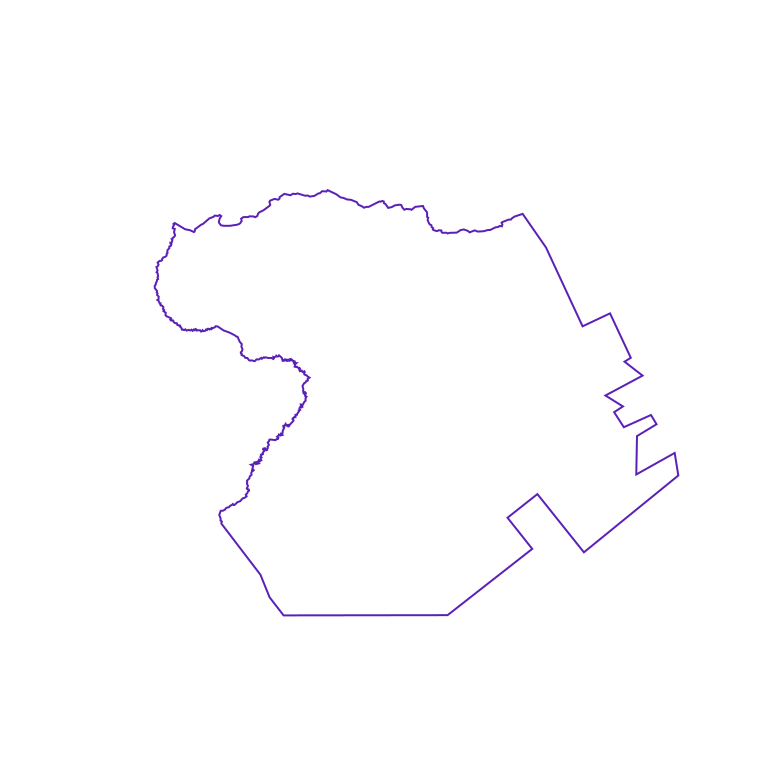 Anta, Salta, Argentina, rotated 52°
{"feature_id": "61730980B73249877879896", "entity_name": "Anta", "entity_type": "district", "adm_level": 2, "iso_a3": "ARG", "parent_name": "Argentina", "parent_adm1": "Salta", "projection": "mercator", "projection_center": [-64.349, -24.908], "detail": "fine", "context": "isolated", "style": "outline", "palette": "violet", "viewbox_px": 768, "rotation_deg": 52, "n_neighbors": 0, "source": "geoboundaries", "source_scale": "gbopen_adm2", "svg_char_len": 6165}
<svg xmlns="http://www.w3.org/2000/svg" viewBox="0 0 768 768"><g transform="rotate(52 384 384)"><path d="M128.3,449.8L128.3,451.4L129.3,451.4L130.4,453.8L131.3,454.6L133.0,453.4L135.1,456.0L138.3,457.1L138.9,459.1L138.8,460.7L139.6,461.6L139.3,462.1L140.3,462.2L141.9,464.3L141.1,465.3L142.0,465.9L143.1,465.7L143.9,466.8L143.5,468.6L144.8,469.6L145.2,472.1L146.7,473.7L147.5,473.9L147.6,475.1L149.0,476.3L149.1,478.0L148.4,480.1L148.9,481.9L149.8,482.5L149.7,483.9L148.9,484.9L148.9,487.6L151.2,488.2L151.9,489.9L151.7,491.3L155.1,492.5L156.0,494.4L156.8,494.1L157.9,494.5L160.1,495.7L160.6,496.9L162.2,497.4L162.2,498.8L163.3,499.9L164.1,501.8L165.0,502.4L165.5,504.3L167.4,505.6L171.2,505.6L172.0,506.8L173.2,506.7L174.1,508.0L176.4,507.7L178.4,509.5L178.3,510.8L179.4,510.4L182.0,511.0L182.7,510.5L183.1,511.2L183.9,511.0L184.6,511.6L185.8,510.6L187.6,510.5L188.7,511.9L190.4,511.7L190.7,512.9L193.5,512.1L195.0,513.7L196.4,513.8L201.1,511.3L201.8,511.5L201.8,512.8L203.0,512.7L204.2,511.1L206.1,511.6L207.5,511.1L208.7,509.8L210.2,510.5L212.3,508.8L212.7,509.5L214.6,509.0L216.6,509.8L217.0,509.0L217.8,508.9L218.6,508.1L218.6,506.9L220.5,506.6L221.1,504.5L222.5,503.8L222.7,502.2L224.2,502.1L224.0,500.2L225.1,500.0L224.7,498.6L226.1,498.1L226.6,498.5L228.3,495.9L230.0,495.9L230.4,494.9L229.9,493.9L231.2,493.7L232.1,491.8L231.5,490.5L232.5,490.0L232.0,488.9L232.6,488.1L233.5,488.0L233.5,487.0L234.5,486.5L234.5,485.6L233.8,485.1L234.6,484.4L235.2,482.3L234.8,481.1L236.4,479.6L243.1,477.4L248.3,474.1L254.0,471.5L255.6,471.2L256.7,470.3L261.8,471.7L265.0,471.5L266.8,473.4L269.5,474.1L270.9,476.1L270.8,477.3L271.8,477.9L272.8,477.6L273.5,478.4L275.9,477.1L278.0,477.2L279.3,475.7L282.3,475.7L283.2,475.1L283.8,473.8L286.4,471.9L286.1,469.3L287.6,467.6L287.8,464.7L288.9,464.7L289.0,462.2L289.9,461.9L290.2,460.7L292.5,459.0L294.1,456.7L296.2,455.8L296.0,455.0L294.6,454.4L295.5,453.7L295.9,452.1L295.5,451.5L296.4,451.4L297.1,450.4L296.8,449.1L300.4,448.4L302.9,449.4L303.2,448.5L303.7,449.2L304.1,448.7L303.5,448.1L303.6,446.9L304.8,446.9L305.2,446.4L304.7,445.9L305.1,445.5L306.2,446.1L306.6,445.2L305.9,444.8L306.3,443.6L306.7,444.6L307.6,444.1L307.1,443.2L307.3,442.1L308.0,442.3L308.4,441.6L309.0,441.9L309.6,441.4L310.5,441.6L310.4,440.9L311.3,440.4L312.0,440.7L312.5,441.9L313.6,440.3L313.8,442.1L314.8,442.6L315.3,443.7L316.6,442.8L317.0,441.9L319.4,441.5L319.4,440.7L320.4,440.8L320.5,441.9L322.1,442.4L322.8,440.6L324.3,440.8L325.0,438.9L325.9,439.2L326.7,440.7L327.7,440.8L329.7,439.6L331.0,439.6L333.1,438.8L333.1,441.3L334.4,441.9L333.9,444.0L334.5,444.8L334.2,446.5L335.4,449.5L338.0,450.5L339.8,452.1L340.6,452.0L341.3,453.0L342.4,452.9L342.0,451.3L343.1,451.2L344.8,453.5L346.3,452.9L346.9,454.6L349.0,456.2L349.0,457.8L350.4,460.8L348.9,462.2L349.5,462.5L350.3,461.8L350.8,462.0L350.6,462.7L351.8,462.6L351.7,463.5L350.8,463.9L350.5,464.6L351.3,465.8L352.8,466.1L352.3,467.5L353.3,468.0L354.0,470.7L354.7,471.5L353.8,472.8L355.6,474.1L354.8,475.0L355.2,476.2L354.8,477.1L355.4,477.7L356.9,477.6L357.3,478.4L358.1,483.3L357.7,484.1L358.6,484.4L358.7,485.3L358.0,485.9L357.0,485.2L356.5,486.4L354.9,486.1L355.7,488.2L355.0,489.1L356.1,489.8L357.1,489.6L358.4,492.4L360.2,494.2L359.9,495.5L361.6,495.4L361.2,496.3L359.9,496.1L360.5,497.6L359.2,498.0L359.7,498.8L359.7,500.7L361.4,500.4L362.0,501.4L361.3,502.5L361.5,504.0L357.5,508.0L357.4,508.7L358.2,509.6L358.5,511.6L361.1,512.2L361.9,514.6L362.9,514.9L363.3,516.3L364.0,516.7L363.8,517.4L361.2,517.4L360.6,519.0L361.1,519.5L363.0,519.3L363.4,521.6L364.7,522.6L363.9,523.9L364.1,524.7L364.8,524.7L365.4,526.3L366.5,525.8L367.2,527.7L368.5,527.6L368.5,529.4L367.0,529.5L367.6,530.3L367.2,531.9L369.5,531.5L368.3,534.2L366.8,533.4L366.2,533.7L366.0,534.6L366.9,536.1L365.8,538.4L368.1,537.6L369.8,539.9L371.7,539.7L371.8,540.6L370.6,540.8L370.7,541.2L371.6,541.9L372.6,543.6L374.0,544.3L374.1,546.5L375.6,548.5L375.7,551.0L376.2,551.9L377.3,552.3L378.2,553.4L380.6,554.0L381.8,556.4L382.7,556.5L383.8,555.5L385.0,556.0L384.9,557.2L385.9,559.0L386.1,561.1L387.9,561.4L387.9,563.8L387.1,565.8L387.8,569.5L386.9,572.2L387.3,576.2L386.9,576.9L385.5,577.0L385.7,578.8L385.2,580.1L385.6,582.1L384.8,583.6L384.6,585.5L385.1,586.6L384.7,588.9L383.4,590.7L385.7,594.4L389.6,595.6L390.9,596.9L392.5,596.4L393.5,597.9L394.7,598.1L458.3,598.8L481.7,605.5L504.5,605.6L605.3,476.2L605.2,368.7L565.4,369.0L565.2,330.9L639.7,330.1L637.3,208.4L617.3,197.4L610.6,240.9L580.8,216.7L583.5,194.0L572.8,192.7L565.7,221.6L547.9,220.0L548.8,209.5L529.4,216.6L536.6,175.1L514.5,180.7L515.3,173.4L467.5,162.4L460.8,192.0L376.2,172.3L335.3,170.0L332.4,178.2L332.2,181.3L332.6,182.6L331.1,184.8L329.2,191.4L329.3,192.1L331.2,192.5L332.3,194.0L330.6,195.7L330.5,197.6L329.2,199.6L328.0,205.5L326.6,207.3L325.1,211.2L321.6,216.3L318.8,217.9L317.2,223.2L315.1,223.6L311.4,225.9L309.9,228.8L309.5,233.5L305.3,239.2L304.5,241.2L303.2,241.7L300.8,244.9L299.3,245.0L298.3,244.3L296.7,246.0L296.1,248.2L293.1,250.3L292.0,250.2L291.4,249.3L289.8,249.8L288.0,248.9L286.4,249.7L285.1,249.6L281.5,248.6L280.2,246.8L278.8,247.1L275.3,244.4L270.1,244.4L267.7,243.7L263.6,250.4L263.7,255.1L262.7,255.5L259.8,258.6L259.2,260.7L256.6,260.9L253.6,260.2L252.3,261.3L249.9,265.5L249.4,268.9L247.8,272.3L243.1,272.0L241.6,272.7L240.0,271.8L238.6,272.8L238.3,274.4L237.3,275.3L235.0,287.0L233.7,288.6L232.7,291.3L230.5,291.9L227.1,293.8L223.9,293.5L218.6,296.6L215.6,299.7L212.7,301.2L210.1,303.4L205.0,304.8L196.5,309.1L196.9,310.8L194.0,314.0L194.2,317.1L193.4,318.5L192.9,323.1L190.6,327.1L188.7,327.9L186.9,330.4L180.6,334.8L179.9,336.7L178.0,338.6L177.7,341.5L172.8,345.5L172.5,351.2L173.6,352.2L173.7,353.8L170.7,356.4L169.4,360.9L170.0,362.2L172.7,363.3L173.1,364.3L172.9,371.9L171.9,376.9L172.3,378.5L173.6,380.4L173.3,382.8L171.7,383.6L169.0,386.8L168.9,388.1L165.9,392.1L165.8,394.8L167.9,395.8L168.7,398.1L168.8,399.4L168.0,401.8L164.6,407.8L160.7,412.9L158.4,414.8L155.4,414.7L154.2,414.0L152.3,411.3L151.5,408.9L149.6,409.5L149.4,411.3L147.1,413.7L147.3,415.5L146.0,419.5L146.4,428.4L145.9,429.7L145.7,437.5L147.2,439.3L147.3,440.2L143.2,442.3L139.7,445.4L128.3,449.8Z" fill="none" stroke="#5b21b6" stroke-width="2"/></g></svg>